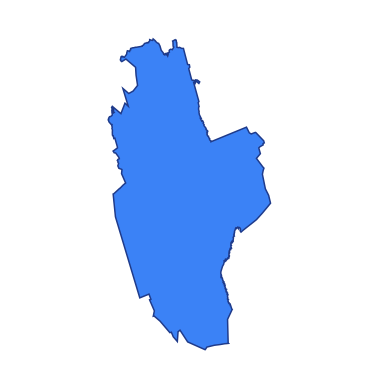 outline of Ropažu pag., Ropazu, Latvia, rotated 80°
{"feature_id": "27541924B37788999890601", "entity_name": "Ropažu pag.", "entity_type": "district", "adm_level": 2, "iso_a3": "LVA", "parent_name": "Latvia", "parent_adm1": "Ropazu", "projection": "robinson", "projection_center": [24.589, 56.979], "detail": "fine", "context": "isolated", "style": "filled", "palette": "blue", "viewbox_px": 384, "rotation_deg": 80, "n_neighbors": 0, "source": "geoboundaries", "source_scale": "gbopen_adm2", "svg_char_len": 6004}
<svg xmlns="http://www.w3.org/2000/svg" viewBox="0 0 384 384"><g transform="rotate(80 192 192)"><path d="M181.0,117.0L179.6,117.9L170.1,122.7L166.1,118.0L160.2,118.6L159.2,117.2L158.0,113.8L156.6,113.6L156.2,112.3L154.0,112.5L144.6,118.8L144.3,119.3L145.1,123.6L143.7,125.3L137.6,127.1L145.8,164.6L144.9,164.5L144.8,164.8L143.6,165.6L143.1,165.6L142.7,165.3L141.5,165.9L141.4,166.1L139.9,166.1L139.8,166.6L139.6,166.8L138.7,167.1L138.1,167.0L137.6,167.3L137.2,167.2L136.6,166.6L135.6,167.1L135.3,166.6L135.5,166.4L135.2,166.0L134.5,166.0L133.0,167.3L132.8,167.3L132.8,167.0L131.3,167.3L128.9,168.6L128.3,168.7L127.9,168.4L126.2,169.1L125.6,168.6L123.6,169.2L124.0,170.0L121.0,171.0L120.8,171.0L121.0,170.2L117.2,171.3L114.7,171.3L113.9,171.0L111.7,171.2L109.5,170.7L109.2,170.2L105.1,170.4L104.2,169.5L85.0,171.3L85.2,171.0L84.3,170.8L84.4,170.5L84.3,170.4L83.9,170.5L84.9,170.1L84.5,170.0L84.9,169.7L84.1,169.3L84.1,169.0L83.9,168.8L84.0,168.4L86.3,166.4L84.9,165.3L82.7,167.3L82.2,169.1L83.2,169.6L83.0,170.3L82.3,170.8L82.5,171.1L82.0,172.4L80.7,172.9L69.9,173.8L68.7,172.5L66.2,172.5L65.8,173.9L65.5,174.2L49.1,175.5L48.8,177.2L47.4,179.1L47.5,180.3L46.9,181.7L42.3,181.1L42.2,181.3L39.8,181.2L39.7,181.8L39.1,182.1L40.0,184.9L40.9,184.7L45.1,185.3L46.1,184.8L48.4,186.6L47.7,188.2L48.2,189.5L49.0,190.0L50.4,190.0L50.8,191.0L50.9,192.5L51.4,192.7L51.8,192.4L51.7,191.5L52.0,191.4L53.8,192.3L52.5,192.7L52.3,193.0L52.4,193.3L51.0,194.1L51.0,194.4L51.4,194.9L52.2,195.1L51.5,196.0L49.9,196.2L47.1,197.7L42.6,198.2L39.8,199.1L39.4,200.1L37.1,201.9L36.8,201.8L34.5,203.7L35.8,204.4L35.9,204.8L34.6,207.2L35.8,207.4L36.8,208.7L37.3,208.8L37.1,210.1L37.4,210.1L37.3,211.4L37.5,213.0L38.8,214.2L39.4,215.8L39.8,215.8L39.8,222.3L39.6,222.6L39.8,224.1L39.7,225.4L40.0,227.5L41.3,227.7L41.6,228.5L42.8,229.1L42.0,230.2L41.7,231.1L43.7,232.1L44.9,232.4L47.6,235.2L47.2,235.9L46.5,236.5L46.9,236.8L46.8,237.3L46.2,237.8L46.4,238.3L48.4,239.2L49.3,239.3L49.3,239.5L50.2,239.5L51.4,238.5L49.6,234.0L59.4,225.9L67.2,226.8L77.6,227.1L82.4,232.5L84.0,237.2L78.0,242.1L96.4,239.9L92.9,242.6L102.5,248.4L93.8,255.6L94.8,256.5L96.3,255.5L96.6,254.8L98.9,255.3L99.5,255.3L100.1,254.8L100.5,255.7L97.3,255.2L95.8,256.0L96.2,256.4L96.8,256.1L97.5,256.8L97.9,256.7L98.8,256.7L99.1,257.0L101.3,257.0L102.3,257.2L102.8,257.6L103.2,258.4L103.6,259.3L103.5,259.9L103.6,260.2L105.0,261.4L105.4,261.2L106.4,261.6L106.5,262.0L107.4,261.7L108.5,261.6L111.4,259.9L111.5,259.2L111.9,259.0L112.7,259.5L114.3,259.3L115.4,259.8L117.2,259.6L119.4,260.1L122.1,260.5L122.9,260.3L123.0,259.8L125.8,259.7L125.6,258.6L134.2,257.7L135.6,257.7L138.0,262.6L139.9,261.8L140.3,260.4L145.0,258.1L145.9,257.9L146.6,257.8L147.1,259.4L148.1,260.1L148.7,259.6L149.9,259.8L151.0,259.3L153.4,260.5L156.0,259.9L157.5,257.3L157.9,257.1L161.7,258.2L171.6,255.8L173.2,258.6L176.0,262.5L175.9,262.7L180.2,269.4L180.3,270.0L203.2,271.7L287.2,261.8L285.1,252.1L290.5,251.1L290.8,252.5L302.5,249.7L307.6,251.7L307.5,250.9L313.6,245.9L326.7,238.2L326.5,236.7L331.3,235.6L336.7,232.4L327.2,230.0L326.0,227.8L338.9,222.3L349.5,206.6L349.3,206.4L349.4,206.2L347.3,204.2L346.8,196.5L347.1,190.7L347.1,185.7L347.2,185.4L347.4,182.3L346.9,182.6L323.6,179.1L314.6,172.8L314.4,173.1L309.4,173.8L309.6,174.0L309.3,174.0L308.4,174.8L307.8,174.7L307.8,175.1L307.6,175.2L306.0,175.3L306.0,175.5L305.0,175.3L303.9,175.5L303.7,175.4L303.6,175.6L303.3,175.5L303.4,175.3L303.0,175.5L302.7,175.4L302.5,175.1L300.9,175.2L299.9,174.7L299.6,175.0L299.1,174.9L299.0,174.7L298.7,175.1L298.3,174.7L297.8,174.9L297.5,174.7L297.2,175.2L296.3,175.1L296.2,175.5L295.9,175.3L295.5,175.3L295.3,175.6L295.2,175.5L294.0,175.6L293.9,175.4L293.8,175.7L293.5,175.6L293.5,175.8L293.1,176.0L293.0,175.8L292.7,176.0L292.3,175.7L290.9,176.1L290.6,175.8L290.1,175.7L290.0,176.0L289.6,175.7L289.5,176.1L289.2,176.1L289.3,176.3L288.9,176.3L288.9,176.0L288.6,176.2L287.9,175.9L287.8,176.2L287.5,176.3L286.8,176.2L287.0,176.6L286.3,176.4L286.1,176.4L286.1,176.6L285.9,176.4L285.6,176.6L284.6,176.8L284.6,177.1L284.0,176.9L283.8,177.1L283.4,177.2L282.3,177.0L282.0,177.1L281.9,177.4L281.3,177.4L281.1,177.6L281.1,177.8L280.8,177.8L280.9,178.1L280.3,177.9L280.5,177.6L280.3,177.6L279.6,177.6L279.4,177.7L279.4,177.9L278.9,177.7L279.0,177.5L278.6,177.5L278.0,177.8L277.4,177.7L277.1,177.8L275.3,177.3L270.4,174.8L268.7,173.4L267.4,172.9L267.1,172.6L266.2,172.4L266.2,172.0L265.5,172.3L265.5,172.1L265.9,171.9L265.9,171.4L265.6,171.6L265.3,171.4L265.2,171.7L264.9,171.4L265.0,171.1L264.5,170.9L264.9,169.9L265.2,170.1L265.1,169.9L264.4,169.7L264.2,169.8L264.4,169.2L264.2,169.0L264.4,169.0L264.0,168.9L263.8,168.5L263.7,168.6L263.8,168.4L263.6,168.3L263.8,168.2L263.2,167.7L263.4,167.6L263.1,167.3L263.2,167.2L261.4,166.8L261.5,166.7L261.2,166.5L261.6,166.3L261.4,166.2L260.9,166.4L259.2,166.4L258.9,165.9L258.3,166.0L258.3,165.8L258.4,165.6L257.8,165.3L257.6,165.4L257.6,165.8L256.7,165.7L256.3,165.4L256.5,165.3L256.1,165.1L256.1,164.9L255.8,164.9L255.2,164.2L255.2,164.5L254.9,164.4L255.1,164.6L254.8,164.6L254.7,164.3L254.8,164.1L254.5,164.0L254.6,163.9L254.2,163.9L254.2,163.7L253.7,163.4L253.4,163.4L253.9,163.3L254.0,162.9L253.3,163.0L253.1,162.6L253.1,163.1L253.3,163.1L252.8,163.2L252.1,163.1L251.6,162.5L251.0,163.0L250.4,162.8L250.3,162.6L249.6,162.7L249.0,162.4L249.1,162.0L248.8,161.9L248.3,162.1L248.1,161.8L248.6,161.4L247.9,161.1L248.5,160.8L248.2,160.5L248.0,160.9L247.6,160.5L247.6,160.3L247.1,160.5L247.0,159.9L246.5,159.9L245.1,159.3L244.0,159.4L243.3,158.6L243.0,158.8L242.7,158.6L242.6,158.1L242.3,158.3L241.6,157.9L241.3,158.2L240.8,157.9L240.6,157.9L240.4,157.6L240.2,157.6L239.2,157.1L238.8,157.3L237.9,156.7L237.5,156.7L237.2,156.3L235.9,155.7L235.9,155.4L235.4,155.3L235.7,154.7L234.9,154.6L235.2,153.8L234.7,153.3L236.1,152.6L234.9,152.4L234.9,151.9L235.6,151.1L237.1,150.6L237.9,151.1L239.1,151.2L240.0,150.7L238.7,148.6L230.4,133.3L224.7,126.0L216.7,116.6L208.6,117.1L201.6,119.2L186.8,119.6L183.0,118.1L181.0,117.0Z" fill="#3b82f6" stroke="#1e3a8a" stroke-width="1.5"/></g></svg>